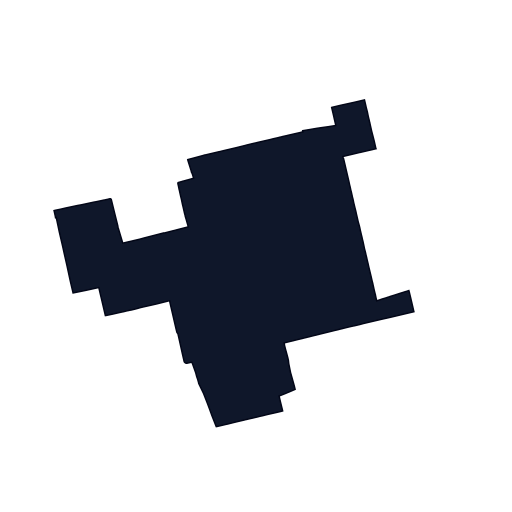 Amarastii De Jos, Dolj, Romania, rotated 238°
{"feature_id": "2599482B30095790947813", "entity_name": "Amarastii De Jos", "entity_type": "district", "adm_level": 2, "iso_a3": "ROU", "parent_name": "Romania", "parent_adm1": "Dolj", "projection": "orthographic", "projection_center": [24.201, 43.928], "detail": "fine", "context": "isolated", "style": "filled", "palette": "ink", "viewbox_px": 512, "rotation_deg": 238, "n_neighbors": 0, "source": "geoboundaries", "source_scale": "gbopen_adm2", "svg_char_len": 4637}
<svg xmlns="http://www.w3.org/2000/svg" viewBox="0 0 512 512"><g transform="rotate(238 256 256)"><path d="M341.9,399.0L341.9,398.9L333.1,395.9L330.6,395.0L324.5,392.9L324.4,392.8L327.3,385.9L330.0,379.9L332.1,375.1L334.8,368.5L337.5,362.0L337.1,361.8L336.4,361.6L336.9,360.4L337.0,359.9L337.5,358.3L339.0,354.0L340.7,349.1L340.9,348.5L341.4,347.1L341.7,346.1L343.2,341.9L343.6,340.5L344.1,339.2L344.3,338.6L344.6,337.5L346.3,332.7L346.7,331.4L347.2,329.8L351.4,317.7L352.2,315.2L352.3,315.0L352.8,313.6L355.1,306.7L355.4,305.6L358.4,296.4L368.1,267.9L368.4,267.0L368.6,266.5L369.0,265.6L369.1,264.9L372.7,253.1L373.9,249.2L373.1,248.9L363.5,246.4L363.0,246.3L361.3,245.7L359.9,245.6L359.4,245.5L357.8,245.1L355.0,244.3L356.8,238.1L357.2,236.9L357.4,236.1L357.9,234.5L357.9,234.4L358.2,233.6L358.5,232.4L359.5,229.0L359.5,228.8L359.4,228.6L359.2,228.4L358.9,228.2L358.2,227.9L357.9,227.8L357.2,227.6L356.8,227.4L356.4,227.3L356.1,227.2L355.9,227.1L355.1,226.8L354.0,226.4L353.0,226.0L352.2,225.8L350.6,225.2L348.6,224.5L346.1,223.6L345.7,223.5L343.6,222.8L341.2,221.9L339.0,221.1L338.5,220.9L336.3,220.2L330.0,218.0L328.3,217.5L327.0,217.0L324.4,216.3L317.1,214.2L316.6,214.0L321.6,198.2L324.2,190.1L324.5,189.9L327.4,180.7L330.6,170.6L331.8,166.5L337.5,149.8L352.4,153.9L352.7,153.9L352.8,153.8L353.3,154.1L354.9,154.8L366.3,158.5L380.6,163.2L380.9,163.1L381.3,163.1L381.5,163.1L381.8,162.7L382.2,161.9L382.6,160.4L383.0,159.4L383.6,157.7L384.0,156.5L384.2,156.3L384.5,155.3L386.7,149.3L386.9,148.8L387.0,148.4L387.4,147.6L389.1,142.9L390.8,138.2L392.0,134.9L392.4,133.9L393.3,131.7L397.6,119.9L399.2,115.2L401.1,110.1L401.5,108.8L401.2,108.7L396.4,107.0L394.7,106.3L394.5,107.0L391.7,106.0L380.5,101.9L366.2,97.0L359.2,94.5L348.3,90.7L333.9,85.5L331.0,84.5L321.6,81.3L317.9,91.2L317.0,93.6L312.6,106.0L305.9,103.7L302.6,102.6L285.3,96.7L285.1,97.1L282.6,103.9L280.8,109.1L279.6,112.5L278.9,114.3L277.9,117.5L277.4,118.7L276.9,120.2L276.4,121.3L275.8,123.1L275.2,124.9L274.3,127.8L273.6,130.3L272.6,133.3L271.1,137.5L268.9,143.8L267.9,146.7L264.2,158.2L263.8,159.0L260.2,157.7L249.4,154.0L237.5,149.9L233.3,148.5L232.8,148.5L232.1,148.5L231.8,148.7L228.6,147.6L224.9,146.3L220.1,144.6L212.5,141.9L204.7,139.2L204.1,139.1L203.5,139.2L202.5,139.6L202.0,140.0L201.7,140.5L200.1,145.0L200.0,145.3L198.0,145.0L188.9,143.0L185.1,141.8L182.4,141.2L179.0,140.2L178.3,139.9L167.3,138.7L156.7,136.7L150.8,135.5L144.3,134.1L132.5,131.9L132.4,131.9L132.4,132.0L132.2,132.6L132.0,132.8L127.4,146.4L126.9,148.0L125.5,152.2L124.1,156.3L123.2,158.9L122.9,160.0L122.4,161.3L121.2,164.9L120.3,167.4L119.4,170.1L118.7,172.1L118.1,174.1L117.0,177.1L116.1,180.0L115.3,182.4L112.9,189.2L111.4,193.6L110.7,195.7L110.5,196.5L114.1,197.7L120.2,199.7L125.1,201.4L124.7,203.2L123.9,207.6L122.2,218.5L125.5,219.6L132.6,221.7L138.8,223.5L147.3,226.7L150.2,228.1L153.0,229.1L157.9,230.6L161.3,231.6L165.0,232.8L166.8,233.6L167.4,233.8L146.7,296.9L145.2,301.2L144.6,302.7L142.9,307.7L141.8,311.4L138.7,320.5L135.9,328.7L132.8,337.5L127.2,354.1L125.4,359.4L125.1,360.4L125.5,360.5L127.5,361.2L129.5,361.9L131.6,362.6L133.6,363.3L135.7,364.0L137.7,364.7L139.8,365.4L141.9,366.1L144.0,366.8L145.7,367.3L146.2,365.1L146.7,363.4L147.4,360.6L147.6,359.9L147.9,358.8L148.4,356.8L148.9,354.8L149.4,352.8L149.9,350.9L150.5,348.7L150.7,347.8L150.8,347.2L151.2,345.8L151.5,344.4L151.9,342.9L152.3,341.5L152.7,340.1L153.0,338.7L153.3,337.3L153.8,335.4L154.0,334.6L154.4,334.7L155.8,335.2L157.5,335.8L159.1,336.4L159.8,336.7L161.2,337.1L163.3,337.8L165.4,338.5L167.3,339.2L169.3,339.9L171.2,340.6L173.2,341.2L175.2,341.9L177.2,342.6L179.3,343.3L181.4,344.0L183.5,344.7L185.6,345.4L187.7,346.1L189.9,346.9L192.0,347.6L194.1,348.3L196.3,349.1L198.5,349.8L200.7,350.6L202.9,351.3L205.1,352.0L207.2,352.8L209.4,353.6L211.6,354.4L213.8,355.1L216.0,355.9L218.2,356.6L220.5,357.4L222.6,358.1L224.7,358.9L226.8,359.6L230.9,360.8L234.9,362.2L238.7,363.5L240.6,364.2L242.4,364.8L244.3,365.4L246.1,366.0L247.9,366.6L249.7,367.2L251.5,367.9L253.2,368.5L254.9,369.0L256.5,369.6L258.2,370.2L259.9,370.8L261.6,371.3L263.2,371.9L264.9,372.5L266.5,373.0L269.8,374.2L273.0,375.3L280.9,378.0L287.0,380.1L288.5,380.6L290.2,381.2L292.4,381.9L293.4,381.9L294.0,382.0L294.4,382.3L294.2,382.8L294.1,383.2L293.8,384.1L293.0,386.5L292.6,387.7L291.9,389.7L291.6,390.6L291.4,391.2L288.8,399.0L288.7,399.1L283.4,414.6L283.6,414.6L290.7,417.1L295.7,418.7L300.5,420.2L307.9,422.8L308.5,423.1L308.8,423.1L312.2,424.3L312.3,424.3L315.5,425.4L319.2,426.8L323.7,428.2L326.2,429.1L330.9,430.7L333.6,422.7L334.5,420.1L339.0,407.5L341.7,399.5L341.9,399.0Z" fill="#0f172a" stroke="#020617" stroke-width="1.5"/></g></svg>